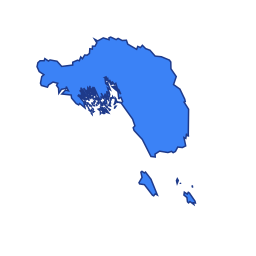 the district of Westport Lea-4, Mayo, Ireland, rotated 248°
{"feature_id": "5873133B76630404476162", "entity_name": "Westport Lea-4", "entity_type": "district", "adm_level": 2, "iso_a3": "IRL", "parent_name": "Ireland", "parent_adm1": "Mayo", "projection": "natural_earth1", "projection_center": [-9.682, 53.797], "detail": "fine", "context": "isolated", "style": "filled", "palette": "blue", "viewbox_px": 256, "rotation_deg": 248, "n_neighbors": 0, "source": "geoboundaries", "source_scale": "gbopen_adm2", "svg_char_len": 6084}
<svg xmlns="http://www.w3.org/2000/svg" viewBox="0 0 256 256"><g transform="rotate(248 128 128)"><path d="M162.7,95.7L166.8,96.4L165.8,97.6L167.3,98.6L169.1,98.2L167.5,97.1L172.8,95.3L172.9,96.7L170.8,98.1L172.7,98.3L174.6,96.6L173.9,95.3L176.5,93.8L177.1,94.8L175.0,96.3L178.2,98.1L176.8,97.7L169.2,99.9L179.1,98.7L178.2,98.1L181.0,97.3L179.6,98.5L183.1,99.5L175.3,99.4L172.8,100.7L177.9,99.7L179.6,100.5L171.0,101.8L174.0,102.9L181.7,101.9L173.7,104.0L179.0,104.2L168.9,105.5L179.0,105.3L180.1,105.7L175.3,106.8L179.7,107.0L181.2,108.6L177.8,107.0L171.7,107.8L179.1,108.3L176.2,109.1L179.3,110.9L174.8,109.7L172.9,110.3L176.9,110.5L176.2,111.1L172.6,110.6L172.7,109.9L174.6,109.3L170.8,108.2L171.5,109.2L169.2,110.2L178.7,111.7L165.0,112.4L164.7,113.8L166.8,114.7L164.4,116.5L170.4,116.1L164.7,117.1L168.5,119.7L162.7,118.3L162.6,119.5L170.1,122.1L167.6,122.5L164.6,120.5L165.4,121.2L163.7,121.5L164.7,122.0L163.3,121.8L166.0,123.7L172.8,124.1L170.1,125.9L178.6,126.0L176.0,124.7L177.7,124.0L182.3,125.2L181.1,126.1L182.9,126.7L183.6,125.6L183.7,126.8L183.0,126.9L179.5,126.1L181.9,126.7L181.7,127.8L178.4,127.1L177.4,128.2L179.6,128.9L174.7,129.4L174.6,130.6L177.1,130.7L173.4,131.7L174.0,133.4L169.0,133.0L167.1,131.9L169.2,131.7L168.3,131.2L168.5,131.1L170.3,132.0L170.8,131.9L169.7,131.2L171.8,130.9L172.1,128.8L167.1,131.4L167.0,131.9L167.7,133.4L167.2,133.8L162.1,134.0L166.4,132.6L160.2,130.8L158.9,131.1L159.1,132.9L154.7,133.0L153.5,131.1L154.8,130.4L155.7,128.5L153.7,131.0L134.6,135.6L127.4,135.2L126.3,132.9L123.4,132.7L112.0,137.0L93.0,138.6L90.9,142.4L93.7,143.3L94.7,148.6L90.3,155.8L90.0,159.6L88.2,160.6L88.5,163.2L91.7,167.0L89.5,171.1L89.8,174.8L98.2,176.3L96.7,177.7L100.9,180.2L98.9,179.5L98.5,181.1L122.7,191.2L131.0,189.7L131.1,191.0L133.5,191.4L144.6,190.7L151.2,186.5L157.6,192.0L166.8,190.0L173.2,192.4L175.5,191.8L181.6,185.6L184.5,180.1L191.9,177.5L195.0,174.1L199.3,172.3L197.9,169.7L200.0,167.6L197.7,165.5L205.8,159.2L210.0,159.4L211.3,155.4L214.8,152.4L214.4,150.1L218.8,146.0L218.8,144.2L217.0,143.5L220.8,138.8L220.1,132.5L222.8,130.3L218.6,131.0L216.2,128.0L217.2,125.7L214.5,124.5L215.8,122.3L211.6,120.2L210.8,117.5L211.9,115.2L209.3,111.7L211.6,110.8L208.6,108.1L209.8,106.6L209.7,101.4L207.1,100.3L209.9,89.6L216.5,87.2L220.3,81.2L219.9,79.3L223.5,76.9L221.8,75.5L223.3,71.6L222.3,68.9L218.9,66.6L213.6,66.8L208.9,70.0L208.0,67.3L202.3,63.6L199.9,63.6L196.0,68.6L197.7,70.5L198.7,75.7L195.8,79.6L194.3,77.7L191.0,78.5L186.2,76.9L188.8,80.8L187.9,85.6L189.5,86.3L184.8,86.7L186.5,84.3L184.3,79.4L179.9,87.6L176.9,86.9L170.1,89.1L167.9,90.9L168.8,92.4L162.7,95.7ZM69.3,122.0L56.6,125.5L55.5,126.4L56.7,128.6L54.9,130.1L71.9,130.1L80.6,127.7L80.2,126.3L82.6,124.7L82.2,123.4L76.9,122.5L73.2,117.7L71.8,117.8L69.3,122.0ZM44.5,158.2L47.4,156.2L44.9,154.7L41.5,156.6L37.3,155.5L35.9,156.1L36.6,157.9L32.5,160.4L34.2,160.6L33.2,162.4L35.0,162.7L44.6,160.6L45.8,159.8L44.5,158.2ZM162.4,117.1L160.3,114.6L156.3,115.6L160.7,115.3L158.3,117.4L161.1,118.2L162.4,117.1ZM154.1,113.0L157.2,111.8L155.1,112.2L152.2,114.4L150.7,114.7L151.7,114.1L152.5,112.9L151.5,113.0L149.2,115.7L154.2,114.6L154.1,113.0ZM58.2,152.8L60.5,155.0L62.5,154.7L61.0,153.2L58.2,152.8ZM161.5,112.0L157.9,113.4L162.7,112.5L161.5,112.0ZM163.2,110.6L165.2,111.2L168.3,110.5L163.2,110.6ZM167.9,108.1L165.6,109.0L168.0,109.1L167.9,108.1ZM172.3,102.6L170.3,103.9L172.7,104.0L172.3,102.6ZM150.3,111.8L153.2,111.9L153.9,111.4L150.6,111.4L152.5,110.7L151.9,109.6L150.5,110.9L150.3,111.8ZM154.9,120.0L157.7,120.1L156.1,118.5L154.9,120.0ZM171.3,107.3L169.6,106.6L167.2,106.8L171.3,107.3ZM162.1,121.1L162.8,120.2L161.2,120.5L162.1,121.1ZM156.5,108.6L156.6,107.4L154.7,108.4L156.5,108.6ZM161.9,122.9L159.8,122.6L163.0,124.0L161.9,122.9ZM153.6,117.1L151.7,117.7L150.9,117.1L151.6,118.4L153.6,117.1ZM161.5,124.9L161.2,125.8L162.7,125.5L161.5,124.9ZM154.4,111.3L156.8,110.6L158.5,110.4L157.3,110.3L154.4,111.3ZM160.7,127.4L159.4,126.9L158.4,127.6L159.8,127.7L160.7,127.4ZM157.2,127.0L156.0,127.4L155.6,128.1L155.8,128.5L157.2,127.0ZM159.9,107.6L161.6,107.7L162.2,107.4L159.9,107.6ZM161.9,110.0L163.6,110.0L160.9,109.6L161.9,110.0ZM162.4,100.6L163.5,101.5L164.1,101.1L162.4,100.6ZM160.4,121.8L157.9,120.9L157.1,121.0L160.4,121.8ZM50.1,165.7L48.5,165.6L50.7,166.1L50.1,165.7ZM173.6,106.3L172.1,106.7L174.2,106.7L173.6,106.3ZM167.7,102.2L169.6,102.5L170.8,102.1L167.7,102.2ZM165.4,104.1L164.1,103.8L161.1,104.3L162.4,104.1L165.4,104.1ZM152.7,125.0L152.9,124.3L151.1,122.5L152.7,125.0ZM159.5,111.4L157.9,111.7L160.2,111.9L159.5,111.4ZM156.0,116.6L155.5,115.9L154.5,116.6L156.0,116.6ZM159.3,99.0L162.5,98.7L159.3,99.0ZM165.6,98.5L163.7,98.2L163.5,98.5L165.6,98.5ZM167.0,100.2L165.9,99.7L164.6,100.3L167.0,100.2ZM156.1,125.4L154.8,125.4L156.1,125.7L156.1,125.4ZM156.2,100.0L155.2,99.5L154.3,99.8L155.1,100.0L156.2,100.0ZM151.6,107.8L151.9,108.4L152.4,108.1L151.6,107.8ZM160.4,105.3L161.7,105.5L162.2,105.4L160.4,105.3ZM170.5,100.8L169.3,101.2L171.2,100.9L170.5,100.8ZM158.5,99.5L158.6,98.9L157.8,99.3L158.5,99.5ZM155.2,101.4L156.1,102.2L156.6,102.0L155.2,101.4ZM157.2,102.7L158.8,102.8L159.1,102.6L157.2,102.7ZM161.1,111.5L162.4,111.8L162.5,111.6L161.1,111.5ZM156.6,109.9L155.4,109.6L154.9,109.9L156.6,109.9ZM157.9,126.4L157.2,125.9L156.8,126.5L157.9,126.4ZM158.0,100.7L156.6,100.7L158.1,100.8L158.0,100.7ZM157.9,131.0L158.9,130.5L159.4,130.5L159.1,130.4L157.9,131.0ZM162.9,105.6L163.9,106.0L164.2,105.9L162.9,105.6ZM168.8,132.6L170.0,132.3L169.6,131.8L168.8,132.6ZM164.5,107.0L164.7,107.4L165.3,107.2L164.5,107.0ZM56.5,155.7L57.1,156.0L57.5,155.9L56.5,155.7ZM164.8,111.4L163.9,111.6L165.1,111.6L164.8,111.4ZM175.9,128.7L175.9,128.3L175.2,128.4L175.9,128.7ZM161.9,102.2L163.0,102.1L161.4,102.0L161.9,102.2ZM161.7,113.3L161.0,113.1L160.7,113.3L161.7,113.3ZM163.5,109.1L162.8,108.9L162.6,109.0L163.5,109.1ZM154.9,123.9L154.5,124.1L155.1,124.1L154.9,123.9ZM155.8,103.0L155.5,103.1L156.2,103.1L155.8,103.0ZM175.2,97.2L175.0,97.3L175.7,97.2L175.2,97.2ZM155.3,113.9L156.1,113.9L155.7,113.8L155.3,113.9ZM98.1,181.1L97.9,180.9L97.4,181.0L98.1,181.1Z" fill="#3b82f6" stroke="#1e3a8a" stroke-width="1.5"/></g></svg>